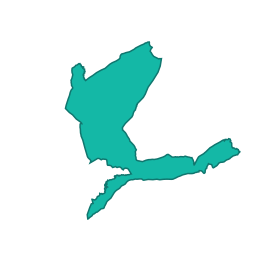 Korogwe, Tanga, United Republic of Tanzania (Albers equal-area conic projection), rotated 58°
{"feature_id": "72390352B3133588656991", "entity_name": "Korogwe", "entity_type": "district", "adm_level": 2, "iso_a3": "TZA", "parent_name": "United Republic of Tanzania", "parent_adm1": "Tanga", "projection": "albers", "projection_center": [38.446, -4.931], "detail": "fine", "context": "isolated", "style": "filled", "palette": "teal", "viewbox_px": 256, "rotation_deg": 58, "n_neighbors": 0, "source": "geoboundaries", "source_scale": "gbopen_adm2", "svg_char_len": 5857}
<svg xmlns="http://www.w3.org/2000/svg" viewBox="0 0 256 256"><g transform="rotate(58 128 128)"><path d="M65.1,68.2L65.2,70.3L64.7,73.2L64.2,78.9L64.3,80.0L64.5,80.5L64.2,86.3L63.0,89.8L62.6,91.9L61.9,93.9L61.9,94.4L62.2,95.4L62.8,96.4L64.5,97.8L64.9,99.3L64.9,102.5L64.3,106.8L64.3,109.8L65.3,115.8L64.7,119.9L64.4,125.4L64.8,129.9L64.8,134.2L65.4,139.4L65.0,138.8L64.6,138.7L63.8,139.1L63.1,138.8L63.0,139.0L62.5,138.7L61.9,138.7L61.7,138.9L60.4,138.1L60.0,138.1L59.9,137.6L59.7,137.5L59.2,137.7L59.0,137.1L58.6,137.1L58.3,136.5L58.4,135.8L57.7,135.6L57.6,135.1L57.0,135.0L57.2,134.6L56.5,134.5L55.9,134.0L55.4,134.1L54.9,133.7L54.4,134.3L53.6,134.6L53.4,134.4L53.0,134.5L53.0,134.3L52.6,134.1L52.9,133.4L52.7,133.3L51.2,134.9L50.4,134.7L50.1,134.4L49.0,134.6L48.7,134.5L48.2,134.9L48.1,134.7L47.9,134.7L47.9,135.3L47.4,135.6L47.4,135.9L47.6,137.9L47.2,139.1L47.6,140.1L47.8,140.8L47.7,143.6L48.0,144.0L49.5,145.1L51.2,146.0L52.9,146.4L53.7,146.7L56.4,149.5L57.3,151.0L58.5,151.5L59.5,152.2L60.8,152.6L61.4,153.0L61.9,153.3L64.0,153.4L64.8,153.7L65.3,154.5L65.3,155.0L65.8,156.2L67.1,158.0L69.6,160.6L71.5,163.1L75.8,168.2L78.3,170.7L83.8,169.5L87.4,168.0L93.0,167.1L97.8,165.1L99.5,164.8L99.8,164.9L99.1,165.5L99.3,166.5L102.0,168.3L103.5,168.9L107.1,170.9L109.0,171.5L109.9,172.0L114.2,172.7L122.0,175.1L130.6,177.5L131.7,177.6L133.2,177.4L134.2,177.0L136.2,176.8L137.5,178.6L137.7,172.8L137.7,170.5L137.8,169.7L138.6,168.6L140.5,167.7L140.8,167.5L140.9,165.9L142.9,163.4L143.4,163.0L144.0,163.0L148.0,164.9L148.5,165.0L149.0,164.8L149.5,163.9L150.8,162.5L153.4,161.9L154.1,159.0L155.6,158.3L155.8,158.0L156.0,156.9L156.7,155.6L158.7,154.7L159.7,154.8L160.1,154.7L161.0,154.1L160.5,153.4L160.4,152.9L160.5,151.9L160.7,151.4L161.8,150.1L163.0,149.5L168.6,149.6L168.3,150.1L168.4,151.2L167.2,153.6L167.2,154.4L166.6,154.7L166.6,154.9L166.8,155.1L166.8,155.3L165.9,156.3L165.2,156.8L165.1,157.4L164.3,158.1L164.3,159.5L164.0,159.9L163.9,160.4L163.7,160.5L163.9,161.0L163.3,161.1L163.3,161.4L162.5,161.8L162.6,162.1L162.3,162.4L162.4,162.6L162.1,162.8L162.3,163.1L162.3,164.1L161.9,164.1L161.9,164.4L161.6,164.6L161.7,165.0L162.3,165.3L163.2,164.9L163.5,164.9L163.5,165.5L163.9,166.6L163.4,167.6L163.1,169.4L162.3,171.0L162.2,171.3L162.4,172.1L162.1,172.8L161.6,172.9L162.0,173.6L162.3,173.6L162.6,174.4L162.1,174.8L162.2,175.3L162.8,175.7L163.3,176.4L163.7,175.4L164.0,175.4L164.5,175.6L164.8,176.1L164.3,176.9L163.7,176.9L163.6,177.2L163.6,177.5L164.6,178.3L165.0,178.4L165.3,178.2L164.5,177.9L164.6,177.4L164.8,177.2L165.9,177.3L166.5,177.1L166.8,176.7L167.2,176.6L167.1,177.3L167.4,178.2L167.0,178.2L166.5,178.5L166.6,179.6L167.3,180.2L167.7,180.2L168.6,179.9L168.9,180.3L169.1,181.1L169.3,181.3L170.2,181.3L170.9,182.5L170.6,183.8L170.6,184.7L170.5,185.0L170.3,185.1L169.8,184.9L169.5,185.3L169.3,186.2L168.5,186.6L168.8,186.9L169.6,187.3L169.9,187.7L170.3,189.1L170.0,189.6L169.9,190.3L170.2,190.8L170.6,191.0L171.4,193.1L171.4,193.8L171.2,194.7L169.7,195.8L169.4,196.4L173.5,197.6L172.9,199.3L175.2,202.6L179.9,208.5L183.8,210.3L184.0,209.6L183.6,208.3L183.4,205.1L182.8,203.8L182.6,203.0L182.9,202.1L182.6,199.7L183.0,198.5L182.3,193.4L183.1,191.8L183.1,190.7L182.0,189.4L180.7,187.1L179.4,185.2L179.0,184.1L178.4,179.7L175.6,174.1L175.0,172.4L174.7,170.6L174.7,167.1L173.7,164.3L174.0,161.7L174.0,159.9L173.1,157.8L172.8,155.3L173.5,152.7L174.4,151.4L175.2,148.8L176.2,147.5L177.5,144.9L178.5,143.4L180.1,142.8L180.6,142.3L182.3,138.1L185.0,134.3L186.7,130.7L188.7,128.5L190.4,124.9L192.0,122.1L194.5,118.4L195.2,117.0L195.7,113.6L195.8,111.6L196.4,108.9L196.7,106.5L198.1,102.1L198.2,101.6L200.6,97.8L201.3,96.1L201.3,94.9L202.0,93.2L202.2,92.2L202.8,91.2L201.9,90.2L203.3,88.4L204.6,88.0L205.8,87.9L206.7,87.6L206.8,87.4L206.7,86.4L206.1,85.8L205.4,85.4L204.8,84.9L203.7,83.2L203.7,82.3L202.7,81.8L201.5,79.4L200.9,78.7L201.5,78.4L203.3,76.5L204.8,76.7L205.7,77.0L206.6,77.0L207.0,76.7L207.1,75.2L206.9,74.1L207.1,73.2L206.8,71.8L205.9,69.5L206.2,67.4L206.8,66.6L207.6,64.6L207.3,61.4L207.8,59.3L207.9,57.8L207.6,56.9L207.4,53.5L208.1,51.1L208.2,50.3L208.8,49.2L207.9,47.6L207.8,46.3L207.2,45.7L206.6,46.3L205.6,46.1L205.3,46.2L204.8,45.9L204.1,46.4L203.1,46.7L203.2,47.6L203.0,47.9L202.6,48.2L202.0,48.2L201.4,48.5L201.1,49.1L200.5,49.3L200.4,49.8L200.2,49.9L198.5,49.7L195.8,48.1L194.8,48.2L193.8,48.7L193.4,47.8L193.0,47.5L192.5,47.7L191.9,47.3L191.5,47.3L190.4,48.3L190.8,49.2L190.7,49.5L190.3,50.2L189.6,50.9L189.2,51.7L189.9,52.4L190.0,53.2L189.7,53.2L189.1,52.9L188.9,53.0L188.6,54.0L188.6,58.0L188.2,63.1L188.3,67.0L188.2,68.8L189.5,74.8L189.6,76.0L189.9,77.3L189.8,82.0L189.9,83.4L190.3,84.3L191.2,85.9L194.4,91.2L194.3,91.5L193.0,91.2L192.0,90.3L189.2,89.7L187.6,89.7L187.0,89.5L186.5,90.4L185.1,91.6L184.3,92.6L182.3,94.3L182.0,95.1L182.0,96.0L180.2,98.4L179.2,101.0L178.5,101.6L178.2,102.5L177.6,102.9L177.0,104.5L176.3,105.7L175.7,106.1L172.7,107.4L171.6,108.0L171.2,109.1L171.4,111.7L171.2,113.6L169.8,119.5L168.6,122.4L167.3,124.2L167.0,125.1L165.8,127.2L164.9,129.7L164.2,133.5L162.6,135.3L162.0,135.8L161.6,136.4L159.9,137.8L158.7,137.7L157.4,136.9L155.2,136.3L154.4,135.5L151.9,134.3L150.9,132.5L148.6,132.5L147.8,132.2L145.7,132.2L142.0,132.9L140.2,133.4L139.6,133.1L137.9,132.8L134.3,132.9L132.8,132.7L130.7,132.7L127.1,133.5L126.8,133.7L126.2,133.2L124.9,132.7L124.1,131.2L122.7,127.8L120.7,118.8L119.7,117.1L118.2,115.6L117.5,114.6L117.1,114.1L116.5,112.0L116.1,111.8L115.3,110.7L114.9,110.5L114.1,109.1L113.7,109.1L113.4,108.9L113.3,108.3L112.9,108.2L112.9,107.7L112.3,107.2L110.2,98.8L108.4,95.4L104.1,89.4L100.8,81.5L96.6,73.0L92.5,67.8L86.9,62.9L86.7,63.4L86.0,64.2L85.7,65.3L81.0,68.2L78.9,68.5L76.3,68.4L74.7,68.6L73.3,66.9L72.7,65.2L72.5,65.3L72.3,64.8L70.7,65.6L69.7,65.7L68.7,65.6L67.2,64.9L66.8,64.5L66.3,64.4L65.6,65.8L65.6,67.3L65.3,68.1L65.1,68.2Z" fill="#14b8a6" stroke="#0f766e" stroke-width="1.5"/></g></svg>